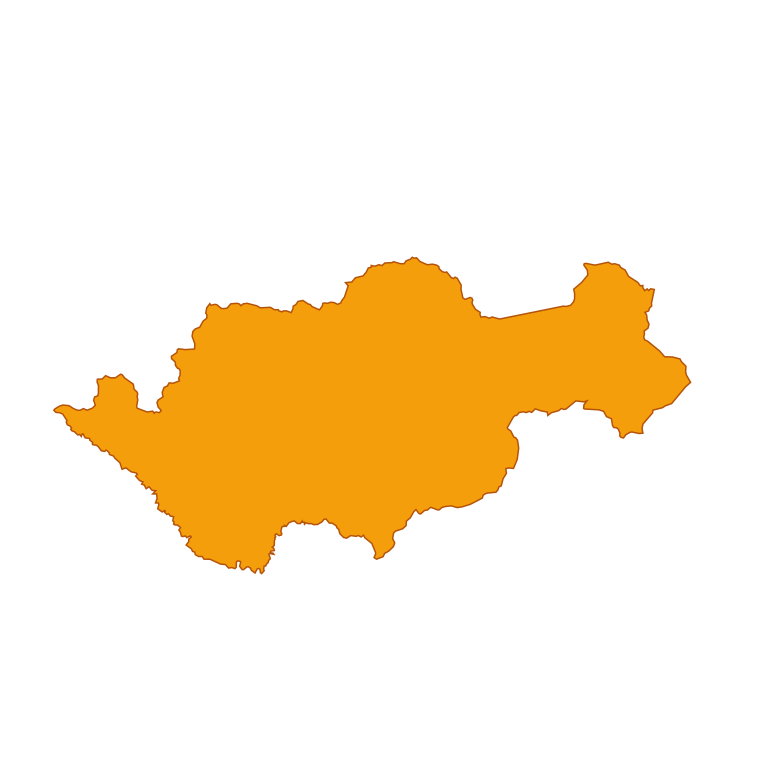 outline of A Luoi, Thừa Thiên - Huế, Vietnam, rotated 133°
{"feature_id": "81297802B94706269623038", "entity_name": "A Luoi", "entity_type": "district", "adm_level": 2, "iso_a3": "VNM", "parent_name": "Vietnam", "parent_adm1": "Thừa Thiên - Huế", "projection": "mercator", "projection_center": [107.348, 16.232], "detail": "fine", "context": "isolated", "style": "filled", "palette": "amber", "viewbox_px": 768, "rotation_deg": 133, "n_neighbors": 0, "source": "geoboundaries", "source_scale": "gbopen_adm2", "svg_char_len": 6171}
<svg xmlns="http://www.w3.org/2000/svg" viewBox="0 0 768 768"><g transform="rotate(133 384 384)"><path d="M243.4,161.1L240.5,165.0L236.7,167.3L221.8,167.9L219.7,169.5L211.3,164.1L208.2,163.4L202.1,160.3L180.5,161.5L173.7,160.9L171.3,168.8L169.5,171.6L165.1,175.3L164.8,181.9L163.8,184.6L167.6,191.6L172.7,197.3L171.9,204.9L172.9,220.3L173.9,223.5L172.5,226.1L169.8,227.6L167.9,229.8L163.1,229.0L159.5,231.0L157.8,235.1L154.4,239.0L153.6,242.0L150.1,240.3L147.0,241.7L144.4,241.4L142.5,243.5L130.5,250.8L132.6,254.0L135.1,254.1L135.0,256.4L137.9,257.0L136.9,260.8L135.4,261.8L137.4,263.5L136.6,267.7L138.5,278.5L136.2,285.4L137.4,290.4L136.6,293.0L138.7,297.3L141.0,299.1L142.0,303.0L153.1,310.7L158.0,318.5L159.4,319.6L160.7,319.0L162.1,313.0L165.2,309.3L175.1,308.7L185.2,309.9L188.0,306.1L191.5,302.9L194.5,301.4L199.2,301.2L203.1,303.7L204.7,305.9L257.7,343.8L261.2,350.6L264.1,351.9L265.8,356.1L269.0,358.7L267.7,361.3L266.0,362.5L267.0,368.0L265.4,373.7L264.3,375.3L262.2,376.2L261.3,378.1L261.9,380.0L266.7,382.3L267.3,384.9L262.4,392.1L259.0,395.1L256.7,402.6L257.4,404.9L259.4,405.1L260.3,407.2L259.3,414.5L261.0,415.7L262.1,418.1L262.1,422.3L260.7,424.1L261.2,426.7L263.4,430.4L267.2,433.6L269.9,441.3L269.5,446.2L271.4,447.8L272.1,449.8L274.6,449.7L278.8,451.8L282.3,451.3L284.8,454.0L288.1,460.5L289.7,460.8L294.9,465.9L298.7,466.2L300.3,469.1L304.1,471.0L306.0,474.2L307.4,473.0L309.8,474.6L314.3,473.3L319.2,473.0L325.8,477.4L331.4,477.1L336.1,481.3L336.6,477.2L347.3,472.2L352.7,471.6L353.9,470.8L357.4,472.2L358.5,476.0L360.5,478.7L363.4,480.3L365.7,483.2L366.8,483.7L369.0,482.3L373.8,481.8L376.5,489.5L376.1,492.1L377.1,493.7L378.2,500.3L382.3,503.2L386.1,502.6L389.0,503.5L391.0,501.9L395.1,500.6L397.0,505.2L399.1,507.4L400.8,507.8L402.2,510.8L401.7,512.0L404.4,514.8L405.4,519.4L412.8,526.6L413.5,530.3L418.4,539.2L421.5,541.7L424.3,542.0L424.1,544.3L425.2,546.5L429.8,550.7L435.6,550.5L438.3,552.8L439.7,554.6L440.0,560.3L441.1,562.0L444.5,564.3L444.0,566.2L449.1,565.6L453.6,562.8L454.4,560.4L456.8,558.5L461.3,559.2L468.2,557.5L472.5,559.6L475.9,559.6L479.9,557.0L483.7,549.7L487.6,546.4L494.3,552.7L498.4,558.3L500.0,558.5L502.2,556.9L508.7,558.4L510.4,556.6L510.3,551.6L512.6,549.2L513.3,545.7L512.7,544.6L513.1,542.3L516.7,539.1L520.0,538.0L521.2,535.8L527.2,538.7L529.7,541.9L533.1,541.1L536.6,542.5L541.4,540.5L544.2,536.8L549.4,538.2L552.4,537.4L554.9,533.4L555.3,528.9L558.1,528.7L559.8,531.4L560.8,532.2L562.1,532.1L561.6,534.7L566.0,538.1L570.0,547.9L569.4,549.4L563.5,553.3L561.6,556.0L559.2,557.4L558.3,559.1L558.3,563.0L555.1,567.3L556.5,577.8L555.8,581.8L556.5,583.3L562.7,584.7L566.0,588.2L567.8,593.3L572.5,593.5L576.0,596.9L578.2,595.2L579.8,591.9L585.7,586.4L588.0,585.3L590.8,586.8L593.8,585.3L596.5,580.6L600.5,580.8L605.7,583.3L607.0,587.1L610.4,588.3L612.1,590.1L613.7,594.1L614.7,599.7L618.5,604.6L621.7,606.3L626.6,607.7L628.4,607.5L628.5,604.5L626.3,601.8L625.1,598.5L626.9,591.0L628.5,590.5L629.8,587.8L628.8,584.8L629.3,582.5L630.9,582.1L631.1,580.5L630.0,577.7L630.1,573.2L628.4,572.1L628.8,569.6L626.3,570.7L625.7,570.0L627.2,565.9L624.6,562.1L625.7,560.9L625.4,557.2L626.6,556.6L627.0,555.4L625.1,553.0L624.6,550.7L625.6,545.2L623.7,542.2L622.0,542.3L621.6,541.3L621.7,538.2L622.8,536.8L621.1,532.5L621.8,530.5L621.7,523.5L625.0,517.4L621.3,515.6L620.7,509.1L618.1,504.6L618.1,502.9L620.7,502.8L621.3,496.8L620.0,493.6L622.5,493.0L621.4,490.4L622.8,486.5L619.4,485.8L619.9,481.0L617.7,478.1L622.1,478.2L619.5,475.4L622.4,471.9L626.8,470.0L624.9,467.8L625.7,466.5L629.6,464.4L628.9,459.0L626.0,458.1L626.2,457.3L627.4,457.0L627.5,453.8L625.8,453.1L626.3,450.2L624.5,447.4L628.1,445.2L628.2,443.2L630.0,442.3L629.6,440.7L628.0,438.8L627.7,434.9L630.7,434.4L631.2,431.9L633.4,428.4L632.8,427.1L630.6,425.6L630.8,423.4L627.4,422.2L627.1,421.2L627.6,420.5L630.7,421.0L632.4,419.3L636.7,418.9L635.9,412.4L637.0,409.9L636.0,407.8L637.5,405.6L636.5,401.8L634.1,399.3L634.9,396.2L630.8,391.7L627.2,380.7L624.2,376.9L624.6,372.1L622.0,370.1L620.7,367.1L618.8,367.1L614.6,370.7L613.2,370.3L611.9,368.7L611.9,367.5L615.8,365.2L616.5,361.1L615.5,360.1L611.2,359.5L610.1,358.4L609.8,356.1L610.7,353.8L610.2,349.4L605.9,350.6L604.4,349.9L604.1,348.3L606.2,345.9L606.1,344.2L602.2,344.3L601.7,345.6L598.9,347.5L597.7,346.4L595.6,347.2L593.8,346.9L591.6,348.1L590.0,347.9L589.0,348.4L587.0,352.2L585.9,352.0L583.7,348.4L583.4,349.8L584.6,351.6L584.4,352.5L583.1,352.7L580.6,350.6L579.4,352.4L579.5,354.5L577.0,354.1L573.1,357.5L571.8,357.8L570.9,359.1L569.7,358.9L568.9,360.7L567.0,360.7L566.5,357.4L564.5,356.1L563.3,356.5L562.2,358.9L558.0,361.3L555.8,359.6L555.3,360.3L554.8,358.4L550.5,358.9L547.8,357.8L545.3,356.3L545.1,352.2L543.2,350.0L540.1,350.4L540.8,349.3L539.5,348.2L540.8,346.5L538.8,346.5L537.8,344.2L535.5,341.7L534.8,339.5L532.1,336.8L527.0,335.3L524.1,335.6L522.3,334.5L523.0,329.2L521.1,326.9L520.3,322.0L521.3,320.3L521.2,318.1L523.6,314.1L523.8,308.9L522.2,306.2L517.5,304.9L514.4,300.5L512.3,299.4L511.5,296.4L508.6,295.8L509.5,293.0L508.9,284.2L512.8,275.6L513.9,274.3L517.7,272.9L517.2,270.0L510.9,266.9L507.5,268.0L503.1,266.6L496.6,266.2L492.9,267.8L491.2,272.2L486.5,275.3L483.7,275.2L477.1,271.6L472.4,271.3L469.0,274.1L464.0,273.5L457.2,275.1L454.0,275.0L454.9,270.3L454.1,268.6L448.9,268.1L446.5,266.3L442.3,265.7L439.5,258.9L438.2,257.7L434.9,257.5L431.8,255.6L427.2,251.6L424.5,246.2L420.6,243.1L413.1,238.8L400.3,234.3L397.9,235.6L395.8,235.3L393.4,234.1L386.8,228.3L383.7,228.5L380.9,229.8L378.5,228.8L372.1,232.3L365.9,233.5L362.8,237.2L360.6,235.8L357.4,231.7L348.2,235.2L339.0,241.8L334.0,248.1L333.5,251.1L334.3,252.7L331.9,259.3L332.4,262.5L331.8,264.1L319.8,266.9L317.6,266.6L316.5,265.5L312.7,265.7L309.3,263.1L307.9,260.5L305.0,259.2L304.0,256.6L299.0,256.4L296.7,251.1L293.2,245.5L295.3,242.7L291.0,242.1L284.4,238.1L280.9,237.5L280.0,235.2L278.2,233.8L265.6,232.2L260.7,225.6L258.0,224.1L262.8,223.6L265.6,221.5L265.7,220.5L256.3,209.2L254.2,204.7L256.1,199.0L254.3,194.0L258.6,188.4L259.1,186.3L257.5,184.2L257.2,182.0L258.9,178.1L261.2,176.1L261.4,174.3L260.1,172.0L256.3,172.6L251.5,171.1L250.0,169.9L246.3,163.8L243.4,161.1Z" fill="#f59e0b" stroke="#b45309" stroke-width="1.5"/></g></svg>